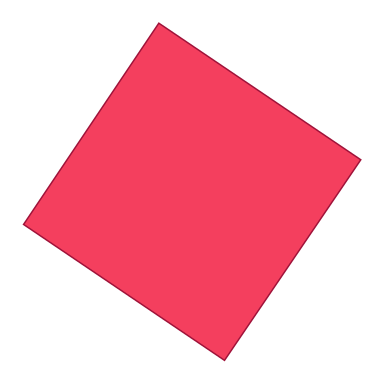 the district of Clay, Iowa, United States of America, rotated 214°
{"feature_id": "52423323B36329758644763", "entity_name": "Clay", "entity_type": "district", "adm_level": 2, "iso_a3": "USA", "parent_name": "United States of America", "parent_adm1": "Iowa", "projection": "albers", "projection_center": [-95.104, 43.082], "detail": "fine", "context": "isolated", "style": "filled", "palette": "rose", "viewbox_px": 384, "rotation_deg": 214, "n_neighbors": 0, "source": "geoboundaries", "source_scale": "gbopen_adm2", "svg_char_len": 226}
<svg xmlns="http://www.w3.org/2000/svg" viewBox="0 0 384 384"><g transform="rotate(214 192 192)"><path d="M313.5,70.9L70.9,70.6L70.1,313.1L313.9,313.4L313.5,70.9Z" fill="#f43f5e" stroke="#9f1239" stroke-width="1.5"/></g></svg>